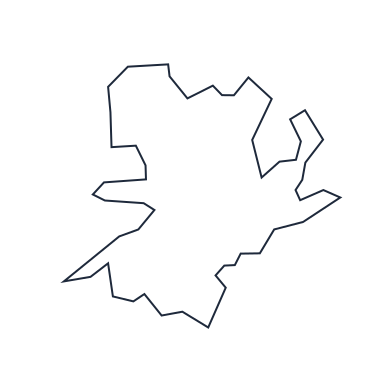 outline of Asaka, Andijon, Uzbekistan, rotated 348°
{"feature_id": "79887680B69641421993469", "entity_name": "Asaka", "entity_type": "district", "adm_level": 2, "iso_a3": "UZB", "parent_name": "Uzbekistan", "parent_adm1": "Andijon", "projection": "albers", "projection_center": [72.224, 40.677], "detail": "fine", "context": "isolated", "style": "outline", "palette": "slate", "viewbox_px": 384, "rotation_deg": 348, "n_neighbors": 0, "source": "geoboundaries", "source_scale": "gbopen_adm2", "svg_char_len": 800}
<svg xmlns="http://www.w3.org/2000/svg" viewBox="0 0 384 384"><g transform="rotate(348 192 192)"><path d="M271.0,91.7L253.1,106.1L241.5,103.5L234.5,92.3L207.0,99.5L194.1,74.2L195.2,62.2L155.3,56.1L131.8,71.7L128.8,97.1L122.6,131.4L146.7,135.0L152.1,156.3L149.6,170.1L107.9,164.3L94.5,173.8L105.0,182.2L142.4,192.9L151.5,201.8L131.7,217.5L111.6,220.3L48.1,252.8L75.1,253.9L95.1,244.3L92.9,277.7L111.9,286.8L124.2,281.9L136.6,306.5L157.7,307.1L179.7,327.9L205.1,292.6L197.7,278.5L208.3,270.7L218.7,272.4L226.8,262.4L245.6,266.1L264.6,245.7L294.4,244.4L335.9,228.2L320.9,217.4L296.1,222.5L293.7,211.6L302.4,203.0L309.0,186.8L331.1,168.0L319.5,135.5L303.1,141.3L309.0,165.1L300.4,182.1L283.9,180.5L263.1,192.3L261.7,153.6L289.3,117.5L271.0,91.7Z" fill="none" stroke="#1e293b" stroke-width="2"/></g></svg>